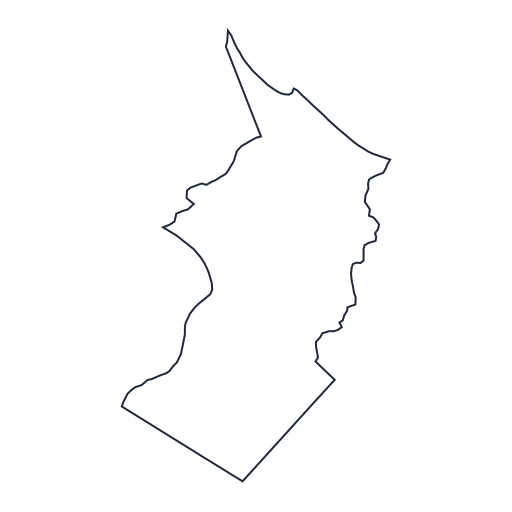 Parnaíba, Piauí, Brazil (orthographic projection)
{"feature_id": "56859067B40128359128951", "entity_name": "Parnaíba", "entity_type": "district", "adm_level": 2, "iso_a3": "BRA", "parent_name": "Brazil", "parent_adm1": "Piauí", "projection": "orthographic", "projection_center": [-41.745, -2.939], "detail": "fine", "context": "isolated", "style": "outline", "palette": "slate", "viewbox_px": 512, "rotation_deg": 0, "n_neighbors": 0, "source": "geoboundaries", "source_scale": "gbopen_adm2", "svg_char_len": 2019}
<svg xmlns="http://www.w3.org/2000/svg" viewBox="0 0 512 512"><path d="M121.8,406.5L203.1,457.0L231.8,474.7L242.6,481.3L312.6,404.0L334.7,379.8L315.5,361.5L318.0,357.4L316.9,351.4L316.1,347.3L315.9,341.9L319.8,337.8L322.5,333.2L329.1,331.2L334.3,331.2L338.2,329.7L341.7,327.2L339.5,322.5L342.7,320.5L344.2,315.5L347.1,310.8L347.5,307.3L351.6,305.8L355.3,304.6L355.7,297.6L353.9,292.2L353.0,286.8L351.7,280.4L351.0,273.9L351.7,267.6L353.0,264.0L356.3,262.7L360.5,263.0L363.5,260.7L363.6,256.3L363.5,248.9L364.8,245.0L369.2,242.7L375.6,240.9L376.2,236.7L375.0,233.4L378.0,229.1L379.1,224.6L376.8,221.3L373.7,217.6L369.0,215.7L369.8,209.1L364.8,201.8L365.5,195.5L368.4,188.9L368.1,183.5L369.1,179.4L373.1,177.0L377.1,175.1L383.2,172.9L385.9,168.2L387.3,164.4L390.2,159.6L386.5,158.4L380.9,156.5L373.7,154.1L368.2,151.6L362.8,148.1L359.3,146.0L354.9,142.9L351.2,139.8L345.6,135.0L341.1,131.3L337.6,128.3L332.9,124.1L328.9,120.5L325.5,117.0L322.7,114.3L319.2,111.1L313.1,105.6L306.9,99.6L301.6,94.8L297.5,90.5L293.8,88.5L292.1,92.8L289.0,94.6L284.5,94.3L280.6,93.2L277.3,91.5L273.6,89.1L270.3,86.8L267.4,84.7L262.7,80.2L258.7,76.5L255.8,73.8L252.5,70.5L249.8,67.2L246.5,63.2L243.6,59.4L241.3,55.4L239.6,52.1L237.2,48.6L235.0,44.1L232.9,39.4L231.2,35.3L227.9,30.7L227.2,41.8L225.9,46.6L261.0,136.5L256.8,137.5L253.2,139.3L247.3,142.7L241.3,146.2L236.8,151.2L235.4,155.7L234.0,160.6L232.3,163.7L228.2,170.4L225.7,174.0L220.9,176.7L215.1,180.4L211.4,181.9L206.5,184.8L201.6,183.5L190.3,187.7L187.0,190.6L186.6,198.1L193.8,204.0L188.0,209.3L182.1,211.2L176.3,213.7L174.5,221.5L169.9,224.6L163.1,227.3L176.8,235.7L193.9,249.3L198.6,254.9L200.9,257.7L204.4,263.1L207.1,268.7L208.7,272.6L211.8,283.1L212.2,289.5L210.4,294.1L198.0,304.3L194.4,307.9L190.1,313.5L185.8,322.5L184.9,326.7L184.9,334.4L182.5,346.6L180.8,354.3L176.9,362.4L173.2,366.1L169.3,371.2L166.1,373.3L159.3,375.7L152.2,378.9L147.4,380.1L141.6,385.1L135.2,387.2L131.2,390.2L127.6,393.7L123.4,401.9L121.8,406.5Z" fill="none" stroke="#1e293b" stroke-width="2"/></svg>